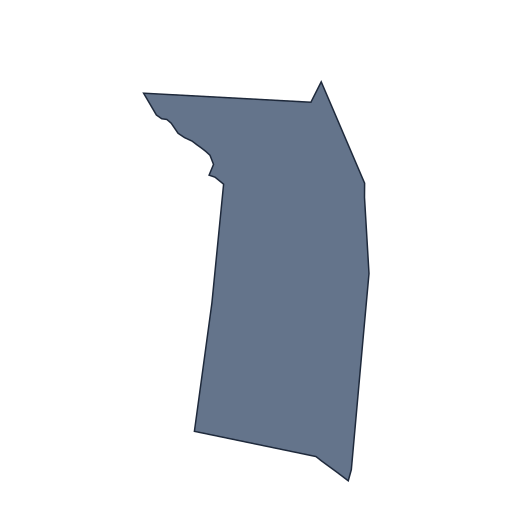 Parazinho, Rio Grande do Norte, Brazil, rotated 108°
{"feature_id": "56859067B43520883342658", "entity_name": "Parazinho", "entity_type": "district", "adm_level": 2, "iso_a3": "BRA", "parent_name": "Brazil", "parent_adm1": "Rio Grande do Norte", "projection": "mercator", "projection_center": [-35.954, -5.303], "detail": "fine", "context": "isolated", "style": "filled", "palette": "slate", "viewbox_px": 512, "rotation_deg": 108, "n_neighbors": 0, "source": "geoboundaries", "source_scale": "gbopen_adm2", "svg_char_len": 550}
<svg xmlns="http://www.w3.org/2000/svg" viewBox="0 0 512 512"><g transform="rotate(108 256 256)"><path d="M70.2,247.8L92.8,251.3L135.9,413.2L152.7,394.3L154.6,388.1L153.7,383.0L155.9,377.7L163.4,368.0L165.5,360.5L166.5,352.2L168.4,346.9L170.0,341.8L171.9,336.5L174.4,330.9L182.0,324.7L193.6,325.6L193.7,319.4L197.7,309.0L314.4,283.4L369.7,273.4L441.8,260.4L428.2,137.0L430.8,130.0L432.7,124.2L436.2,113.5L441.3,98.8L429.8,99.3L303.8,128.1L237.8,143.1L166.8,170.9L153.2,175.2L70.2,247.8Z" fill="#64748b" stroke="#1e293b" stroke-width="1.5"/></g></svg>